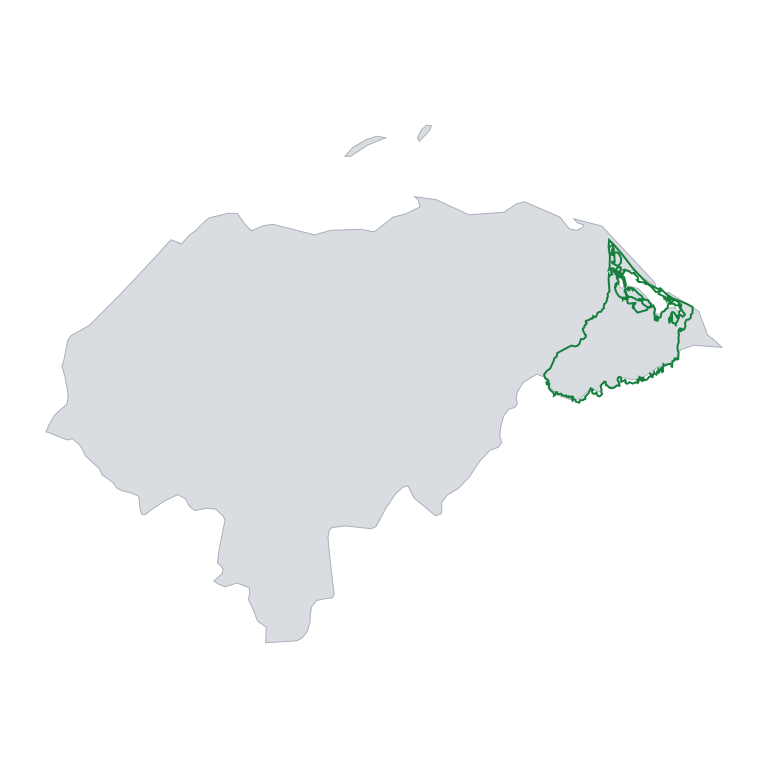 Puerto Lempira, Gracias a Dios, Honduras shown in context
{"feature_id": "27666195B20969327250579", "entity_name": "Puerto Lempira", "entity_type": "district", "adm_level": 2, "iso_a3": "HND", "parent_name": "Honduras", "parent_adm1": "Gracias a Dios", "projection": "equal_earth", "projection_center": [-84.066, 15.172], "detail": "fine", "context": "in_parent", "style": "outline", "palette": "green", "viewbox_px": 768, "rotation_deg": 0, "n_neighbors": 0, "source": "geoboundaries", "source_scale": "gbopen_adm2", "svg_char_len": 8661}
<svg xmlns="http://www.w3.org/2000/svg" viewBox="0 0 768 768"><path d="M721.9,347.4L693.9,345.2L680.7,349.7L674.9,359.9L669.9,364.4L665.8,363.4L657.4,367.4L644.7,376.4L633.3,379.9L623.1,377.7L620.1,379.9L619.3,382.9L617.8,385.7L613.8,387.3L609.3,386.5L604.2,383.3L601.5,384.6L601.2,390.5L598.5,392.1L593.3,389.3L587.4,391.5L580.9,398.5L571.7,400.0L559.9,396.0L550.8,388.3L544.4,377.0L536.6,374.2L523.0,382.6L517.3,392.4L516.1,398.4L517.4,403.8L514.9,407.4L508.6,409.2L503.8,415.9L500.5,427.4L499.8,436.3L501.8,442.5L498.6,447.1L490.3,450.1L480.6,460.0L469.3,476.9L458.0,488.7L446.9,495.4L441.5,502.9L441.8,511.0L441.2,513.6L439.0,514.6L435.4,515.7L414.0,497.9L407.8,485.5L402.5,487.4L395.7,493.6L386.2,507.6L375.9,526.6L371.0,528.7L345.5,525.9L332.1,527.6L329.3,530.1L328.0,537.1L328.7,546.4L332.3,579.9L334.3,593.6L332.3,597.9L325.4,598.6L316.5,600.5L311.6,606.8L310.4,613.3L309.9,622.4L307.1,631.8L301.5,638.5L296.1,640.9L265.7,642.7L266.3,627.2L257.5,621.0L252.6,608.0L248.3,599.3L249.8,594.0L249.4,587.8L237.0,583.0L225.4,586.8L218.8,584.3L213.9,581.0L222.4,573.4L223.0,568.7L220.3,565.3L217.5,563.1L218.4,554.4L220.2,544.2L225.0,520.3L223.3,516.2L215.6,509.0L205.8,508.3L195.0,510.5L189.8,506.8L185.3,498.6L177.7,494.7L164.0,501.3L149.5,511.1L145.0,514.7L141.4,514.2L139.8,506.9L139.1,498.1L138.2,495.9L130.6,492.8L121.6,490.6L117.0,488.1L112.7,482.3L102.0,474.6L99.6,468.9L85.4,455.8L82.5,449.3L79.3,444.6L72.4,438.6L67.0,440.0L48.8,432.5L46.1,431.9L48.7,425.3L54.5,415.2L67.1,403.9L68.2,394.8L65.1,377.3L61.9,366.0L63.7,360.9L67.8,340.5L70.8,335.8L89.0,325.5L90.7,324.1L105.1,309.6L121.0,293.6L137.6,276.0L156.0,256.3L166.2,244.8L171.0,239.8L181.5,243.9L189.9,234.6L194.7,231.4L206.0,220.3L209.5,217.8L228.3,213.3L237.4,213.4L245.3,224.7L251.5,230.9L263.5,225.6L273.4,224.4L314.5,234.9L330.8,230.3L360.8,229.3L374.3,231.9L393.4,217.0L405.6,214.0L420.0,207.0L418.1,199.9L414.7,196.7L436.6,199.8L469.1,214.9L503.9,212.2L516.4,204.0L524.5,201.7L560.1,217.2L569.5,229.1L576.8,230.3L582.5,227.6L584.0,225.1L577.0,222.5L573.8,218.8L601.9,226.1L654.7,282.5L655.8,287.1L633.2,270.4L621.3,271.7L618.1,274.3L618.8,283.5L619.9,287.7L625.0,288.2L628.8,285.8L638.1,288.7L644.3,294.8L651.8,304.0L656.3,314.1L661.1,314.3L665.9,308.2L674.9,307.5L680.7,314.3L684.8,313.9L679.1,303.4L665.5,292.9L668.7,292.5L698.8,311.3L707.4,334.8L714.5,340.2L721.9,347.4ZM367.8,145.0L350.3,156.4L344.9,156.2L352.9,147.4L365.8,139.9L376.7,136.2L385.6,137.8L367.8,145.0ZM427.4,132.9L419.1,141.3L417.6,137.5L421.6,129.7L426.6,125.3L431.4,125.7L430.2,129.1L427.4,132.9Z" fill="#d9dde1" stroke="#a8b0b8" stroke-width="1"/><path d="M608.6,279.5L609.5,291.4L607.6,293.7L607.9,296.3L607.0,298.5L607.2,299.6L605.5,303.4L604.3,303.8L603.7,306.5L604.0,308.2L602.1,309.7L601.3,311.6L599.0,312.0L597.2,313.4L597.1,314.6L595.6,317.1L593.2,316.1L593.2,317.9L592.1,318.0L591.8,318.9L590.0,318.9L589.2,319.9L585.9,320.8L585.8,322.5L586.5,322.7L586.3,324.2L584.6,325.4L584.2,327.5L583.0,328.6L582.8,329.9L585.0,334.6L585.9,335.0L585.7,337.1L583.3,339.2L580.9,339.1L579.4,343.9L577.1,345.9L575.4,346.4L571.2,345.6L557.3,353.0L556.6,356.7L554.2,358.4L553.8,360.6L550.1,368.7L547.4,370.4L544.3,374.1L544.1,374.9L545.2,378.1L548.0,380.0L548.6,381.4L548.4,382.5L546.5,382.3L546.7,384.0L547.2,384.6L549.2,384.1L548.8,388.0L551.7,391.5L553.1,392.1L553.9,394.3L553.8,395.8L554.9,395.2L556.2,392.1L557.1,392.2L557.5,394.3L561.3,393.7L561.9,395.5L563.5,395.3L565.1,396.1L566.2,395.4L567.1,396.9L568.6,396.3L569.1,397.4L570.3,396.5L572.9,396.6L573.3,397.7L571.7,398.3L572.6,400.5L573.2,399.5L574.7,399.5L575.3,399.9L575.9,401.7L579.3,402.6L580.0,400.2L582.9,400.2L583.9,399.0L585.1,399.2L585.5,398.5L585.1,396.9L588.6,393.2L590.7,388.3L593.0,389.7L591.9,391.4L592.6,393.4L594.9,393.9L596.4,392.7L597.7,395.7L599.5,396.3L600.5,395.7L602.2,393.8L601.3,392.4L601.6,390.0L600.6,385.8L604.3,381.6L605.7,381.9L605.9,385.2L606.9,385.2L609.2,387.6L611.4,388.2L614.1,387.7L617.0,385.4L619.5,385.8L619.2,383.3L617.5,379.8L618.0,377.7L619.4,376.9L620.9,377.5L621.4,381.8L625.1,380.0L625.8,380.9L625.4,382.7L627.2,383.8L629.5,382.2L633.1,383.6L636.0,382.1L637.7,383.1L638.4,382.0L637.4,379.9L639.2,379.7L639.4,377.0L640.1,377.4L640.3,379.2L641.3,377.8L642.0,377.9L641.4,380.1L641.9,380.9L642.5,380.5L642.5,378.3L643.0,377.8L643.6,378.2L644.0,380.4L647.1,379.4L649.1,376.8L651.2,376.5L652.5,377.1L652.7,376.0L650.7,375.2L650.3,373.9L653.1,374.9L654.1,372.2L654.8,373.7L656.4,374.6L657.2,371.4L657.8,371.3L658.6,372.7L659.6,371.5L658.3,369.8L658.5,368.9L659.8,370.6L662.0,370.1L662.3,372.0L663.1,371.4L662.9,368.5L661.0,368.7L660.9,368.0L663.3,366.7L663.5,364.4L664.6,365.6L669.8,363.7L671.4,364.3L671.4,366.5L672.1,366.7L672.4,361.2L674.3,360.7L674.3,358.8L674.9,358.4L675.9,359.4L677.0,358.4L677.7,359.4L678.3,359.1L678.5,353.3L677.4,348.1L677.7,344.8L678.7,342.4L678.5,336.7L679.1,334.7L678.3,333.1L678.9,331.2L680.9,331.1L680.7,330.3L678.8,330.0L679.8,328.5L682.0,328.8L683.0,330.0L684.3,329.3L685.5,326.0L684.9,323.1L686.6,319.7L688.1,319.8L690.6,318.2L691.0,314.5L692.3,313.4L692.6,312.1L692.6,307.1L686.7,303.8L672.5,298.3L665.7,293.6L660.5,288.5L660.1,289.9L660.7,289.7L660.8,291.1L659.4,292.1L660.5,290.9L660.2,290.2L659.2,291.4L658.6,294.0L662.5,295.6L663.9,296.8L664.3,298.3L665.0,297.1L666.6,300.6L667.3,297.7L668.1,299.8L670.5,299.8L668.4,300.6L669.9,301.3L670.7,302.6L673.4,300.6L667.2,296.2L678.3,301.8L678.8,303.0L681.2,304.7L681.1,306.3L680.1,307.8L681.3,309.0L682.3,311.5L684.6,313.8L684.8,315.0L682.6,316.8L681.1,315.3L678.3,315.7L679.0,317.4L677.4,321.4L676.0,322.9L675.8,326.3L675.6,323.5L673.1,323.2L672.2,322.1L672.0,315.6L670.5,318.0L670.7,321.3L669.4,322.4L668.9,319.3L669.7,317.3L671.3,316.0L671.0,314.6L671.8,312.3L673.0,312.0L674.5,313.0L677.1,317.7L677.9,317.8L678.7,317.2L677.8,315.5L679.4,314.6L679.0,312.0L681.2,309.3L679.6,307.8L679.0,303.4L678.6,305.4L674.9,305.3L674.3,303.7L670.0,303.8L670.0,302.3L668.4,303.7L667.3,308.4L665.4,309.3L664.9,310.7L661.6,312.3L660.7,316.9L659.9,317.7L658.4,317.6L657.6,321.3L657.5,318.4L658.1,317.2L656.9,316.3L656.3,316.5L656.5,317.5L655.9,317.6L655.9,318.7L655.5,316.8L655.7,320.2L654.6,319.6L655.1,318.6L654.5,317.1L655.0,316.3L654.0,312.9L655.2,309.3L653.2,305.4L652.2,305.7L651.6,307.0L648.6,307.8L650.8,305.5L651.0,303.8L649.3,302.5L648.2,300.3L644.6,299.6L642.8,298.2L641.6,295.9L638.9,294.1L634.1,289.3L633.0,288.7L633.3,289.9L632.7,290.3L632.3,289.3L632.6,288.4L628.0,287.6L627.6,288.4L628.3,288.2L628.7,289.6L630.3,290.2L628.2,290.2L626.7,288.8L625.0,289.5L624.5,290.8L625.8,291.6L625.2,292.2L626.0,292.5L626.5,294.5L628.7,296.8L631.7,297.0L638.4,300.4L639.8,300.5L639.9,299.7L638.3,298.6L640.5,299.3L643.4,299.1L643.4,299.8L641.3,299.6L641.0,300.6L642.1,301.4L642.3,303.2L643.7,304.7L647.5,307.1L647.6,308.7L646.8,310.0L637.4,312.6L634.1,308.5L632.8,308.0L632.8,306.3L633.6,306.5L633.2,304.5L634.7,304.4L634.6,303.3L636.3,302.7L630.1,303.6L627.8,303.2L627.3,301.3L628.0,297.1L626.2,295.0L625.6,293.0L626.6,297.1L625.8,299.2L623.5,298.6L622.8,299.7L622.6,298.8L623.9,297.7L621.3,297.6L618.9,296.2L616.4,292.5L615.0,288.3L615.0,286.8L616.0,286.5L615.3,284.4L616.6,283.1L617.1,284.3L618.3,283.9L618.6,281.3L616.8,278.0L616.8,275.0L615.5,274.2L615.1,272.5L613.8,272.0L614.3,271.3L613.7,270.7L611.2,270.6L611.2,272.5L612.3,274.2L610.0,275.7L609.0,274.3L608.6,279.5ZM609.1,240.0L608.6,247.1L609.9,256.0L609.6,267.3L608.8,269.9L612.0,268.1L613.7,268.8L615.1,270.3L617.2,276.1L619.3,277.5L620.6,275.4L619.6,274.6L619.0,274.9L619.4,275.7L618.3,275.2L617.6,271.9L616.5,271.3L616.1,270.1L616.6,268.3L617.9,267.5L620.2,267.1L620.9,267.7L620.7,269.8L619.7,271.5L617.7,271.5L618.3,272.6L622.2,273.5L622.7,274.4L625.0,270.3L623.8,269.9L624.4,269.6L628.3,270.9L632.0,273.5L634.3,272.7L634.5,274.0L637.6,276.8L638.2,280.4L637.3,280.3L638.6,281.9L644.1,282.4L645.6,284.1L647.2,283.9L650.5,286.0L656.0,292.0L658.6,291.5L659.7,288.9L657.0,288.5L649.0,284.4L642.2,278.4L632.6,267.9L621.9,254.0L613.7,244.5L613.2,244.3L612.7,245.3L612.8,246.1L611.8,245.5L613.1,244.0L609.1,240.0ZM613.4,246.8L613.2,247.9L613.9,249.1L613.9,250.0L612.9,250.9L613.0,253.5L612.5,253.7L611.8,252.7L611.5,254.1L614.1,254.9L614.8,252.4L617.3,252.4L619.6,254.7L621.2,258.5L620.8,263.0L618.5,265.4L616.7,265.6L614.7,264.5L613.9,263.1L613.4,263.8L612.3,263.1L612.1,261.9L614.6,261.9L614.3,255.3L611.6,254.7L611.2,254.0L611.8,252.0L612.8,253.3L612.1,249.6L613.7,249.7L612.9,247.7L613.4,246.8ZM610.0,246.5L609.6,247.2L609.0,246.2L609.3,246.0L610.0,246.5ZM624.2,277.3L621.7,275.5L621.1,275.9L621.2,277.0L623.6,280.5L623.6,282.7L624.4,284.5L624.4,286.4L625.0,286.9L625.9,285.2L624.2,277.3ZM622.3,274.6L621.0,273.4L619.5,273.8L622.1,275.6L622.3,274.6Z" fill="none" stroke="#15803d" stroke-width="2"/></svg>